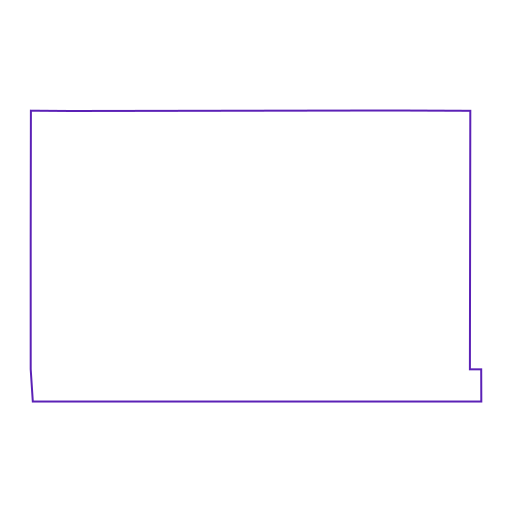 Keith, Nebraska, United States of America
{"feature_id": "52423323B91748166692574", "entity_name": "Keith", "entity_type": "district", "adm_level": 2, "iso_a3": "USA", "parent_name": "United States of America", "parent_adm1": "Nebraska", "projection": "mercator", "projection_center": [-101.629, 41.2], "detail": "fine", "context": "isolated", "style": "outline", "palette": "violet", "viewbox_px": 512, "rotation_deg": 0, "n_neighbors": 0, "source": "geoboundaries", "source_scale": "gbopen_adm2", "svg_char_len": 254}
<svg xmlns="http://www.w3.org/2000/svg" viewBox="0 0 512 512"><path d="M470.3,110.8L393.3,110.5L70.4,111.0L30.9,110.7L30.7,239.9L30.7,369.2L32.8,401.5L481.3,401.5L481.2,369.3L469.9,369.3L470.3,110.8Z" fill="none" stroke="#5b21b6" stroke-width="2"/></svg>